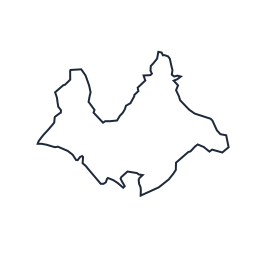 Dakoro, Maradi, Niger, rotated 228°
{"feature_id": "23599985B7432037800977", "entity_name": "Dakoro", "entity_type": "district", "adm_level": 2, "iso_a3": "NER", "parent_name": "Niger", "parent_adm1": "Maradi", "projection": "orthographic", "projection_center": [7.096, 14.397], "detail": "fine", "context": "isolated", "style": "outline", "palette": "slate", "viewbox_px": 256, "rotation_deg": 228, "n_neighbors": 0, "source": "geoboundaries", "source_scale": "gbopen_adm2", "svg_char_len": 1648}
<svg xmlns="http://www.w3.org/2000/svg" viewBox="0 0 256 256"><g transform="rotate(228 128 128)"><path d="M63.7,131.1L64.8,135.4L70.1,140.5L69.8,156.8L68.8,158.8L69.4,165.4L69.1,168.8L63.2,171.6L56.0,172.7L55.7,176.0L46.7,181.7L46.4,189.9L56.9,196.1L61.6,192.5L66.8,192.5L77.0,195.7L79.6,195.6L91.5,188.7L94.1,187.2L100.7,185.7L113.7,185.3L117.6,187.1L123.9,189.0L126.2,193.7L132.6,193.6L131.3,197.0L130.9,201.7L133.8,199.8L135.4,196.8L138.3,196.2L141.3,199.8L145.5,202.0L151.4,205.4L154.4,205.7L157.7,203.9L158.7,202.6L161.6,203.5L164.3,201.5L160.1,196.1L159.2,190.6L158.8,186.4L155.6,183.1L152.4,182.1L152.3,180.0L156.6,174.7L151.7,172.6L151.5,162.2L148.5,160.4L148.3,154.7L147.4,153.9L144.8,146.4L145.9,141.4L144.0,138.1L142.8,134.3L142.5,130.1L140.9,124.9L145.3,118.9L148.3,115.6L148.7,113.0L162.5,112.7L163.8,115.2L173.8,116.2L177.4,120.9L179.6,124.1L185.5,127.5L195.4,131.6L202.9,132.5L209.6,124.1L208.9,123.0L202.6,117.4L202.3,110.2L203.1,108.4L203.3,97.7L199.9,96.3L197.8,95.3L194.2,92.8L190.4,90.4L186.1,90.1L184.4,88.4L184.7,86.5L185.2,81.3L184.8,80.5L181.4,76.8L181.1,75.3L180.1,67.4L179.5,61.0L178.9,57.2L178.0,52.8L176.7,50.3L174.2,53.1L170.2,56.2L165.1,59.3L162.6,60.9L161.0,63.4L155.4,66.0L151.2,67.9L145.2,69.0L138.9,68.0L137.8,69.1L138.5,72.9L137.9,75.1L136.5,75.2L132.2,70.7L131.3,70.8L128.1,71.2L124.4,71.0L104.8,70.4L102.9,72.5L102.5,75.2L104.2,78.3L104.3,79.6L99.1,82.2L94.2,83.5L86.8,84.5L87.0,86.7L92.2,87.7L95.3,88.6L96.0,90.1L96.0,98.5L88.5,104.5L86.2,105.0L83.2,107.4L83.1,103.0L82.4,101.3L79.1,98.9L75.6,97.7L73.4,96.1L69.3,92.2L63.3,111.2L62.5,123.9L63.7,131.1Z" fill="none" stroke="#1e293b" stroke-width="2"/></g></svg>